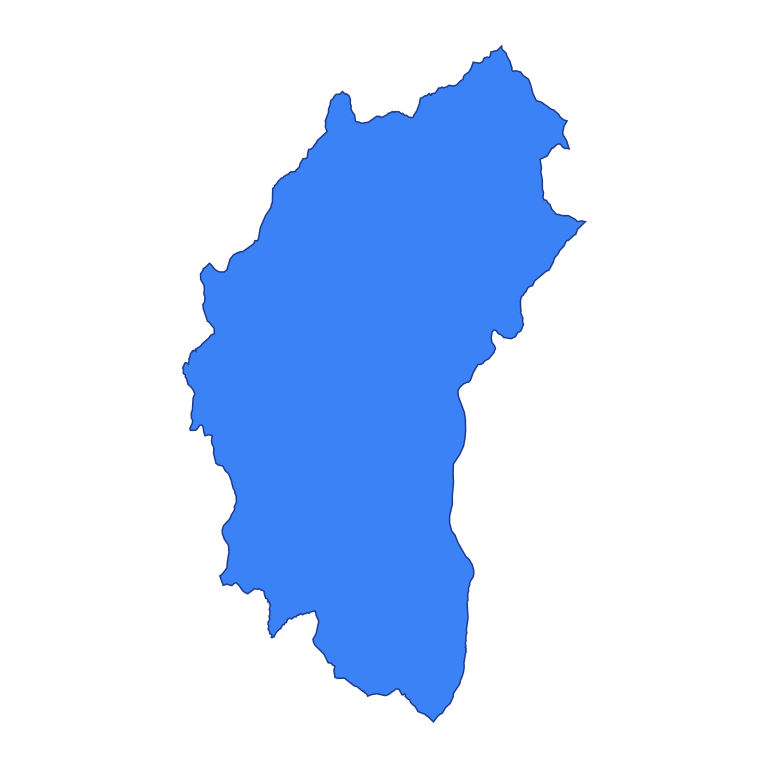 the district of Huye, Southern, Rwanda
{"feature_id": "39286606B50862047870193", "entity_name": "Huye", "entity_type": "district", "adm_level": 2, "iso_a3": "RWA", "parent_name": "Rwanda", "parent_adm1": "Southern", "projection": "equal_earth", "projection_center": [29.71, -2.532], "detail": "fine", "context": "isolated", "style": "filled", "palette": "blue", "viewbox_px": 768, "rotation_deg": 0, "n_neighbors": 0, "source": "geoboundaries", "source_scale": "gbopen_adm2", "svg_char_len": 6075}
<svg xmlns="http://www.w3.org/2000/svg" viewBox="0 0 768 768"><path d="M311.1,149.0L308.6,149.5L307.9,152.2L307.2,157.6L306.2,158.4L303.0,158.7L300.3,163.3L299.3,167.1L295.5,170.7L295.7,171.5L290.9,171.9L289.7,172.5L288.6,174.4L288.0,174.1L283.7,176.6L282.7,178.0L281.5,178.0L277.7,181.8L277.2,183.3L274.9,185.3L274.1,187.3L272.7,188.5L272.4,202.5L271.6,203.9L270.6,208.0L265.7,215.3L260.4,227.5L258.4,238.8L257.2,241.0L254.9,240.6L253.6,243.9L242.8,251.6L240.2,251.8L238.3,253.0L238.7,252.3L238.2,252.4L233.5,254.9L230.1,259.1L226.9,269.9L224.1,272.0L219.2,271.9L216.9,270.8L214.5,269.0L211.0,264.5L209.4,263.3L205.3,267.4L203.0,268.9L203.1,270.3L200.5,273.8L200.7,279.5L204.0,285.2L204.4,289.4L203.8,294.0L205.0,296.5L204.6,301.6L202.8,304.8L203.3,308.6L207.5,321.2L208.7,321.8L214.1,328.3L214.4,333.8L211.2,334.8L208.6,338.3L202.5,343.6L200.4,346.3L195.7,349.0L195.9,350.8L195.3,350.1L193.9,351.1L193.6,350.4L192.3,351.1L190.4,354.1L189.7,357.7L188.8,358.9L189.2,359.7L188.4,364.2L186.1,362.6L185.1,362.8L182.6,368.0L183.4,369.0L183.3,373.5L185.3,374.8L185.3,377.0L186.6,378.9L188.1,384.6L190.4,386.3L192.5,389.0L193.9,391.2L194.8,394.0L193.1,398.0L192.4,410.1L191.2,413.3L191.5,418.5L192.6,419.9L192.4,423.0L189.7,428.9L190.6,430.4L195.4,430.3L196.7,429.5L199.8,425.2L202.1,425.2L203.0,426.6L203.9,432.4L205.0,435.8L208.6,434.8L212.3,435.6L211.5,440.3L211.9,443.6L213.9,447.7L213.5,453.2L216.0,463.4L218.5,465.1L222.7,465.9L225.3,470.8L228.7,473.9L231.2,480.3L233.2,488.4L234.4,490.1L235.0,493.5L236.1,495.6L236.4,502.2L234.2,507.0L234.6,508.5L234.3,510.3L231.3,515.1L229.9,518.8L223.6,525.6L222.2,529.9L222.3,533.2L224.3,539.1L228.4,545.1L229.0,552.3L227.4,561.5L226.9,568.0L222.0,574.4L219.8,575.9L223.2,585.3L226.7,584.2L231.8,585.6L234.6,583.1L236.3,582.8L239.2,585.7L242.6,590.6L244.6,592.3L247.7,593.8L254.6,588.7L257.8,589.3L259.5,588.6L260.5,589.9L263.0,590.5L264.2,591.7L264.1,592.9L265.6,598.2L266.8,598.4L268.1,600.5L267.7,601.7L268.6,601.6L269.6,602.4L269.2,603.6L270.4,604.9L269.2,609.7L269.9,610.6L269.9,614.8L269.0,616.2L269.8,619.3L268.1,622.3L268.0,624.4L268.9,626.2L268.1,629.0L269.6,631.6L269.7,633.6L272.1,634.9L271.2,637.1L271.9,637.7L274.1,636.8L276.1,632.6L279.2,629.4L280.9,628.5L281.1,627.3L282.9,624.6L284.3,624.6L284.7,623.2L286.5,622.3L287.6,619.2L290.1,618.3L291.8,619.0L294.1,616.9L296.4,616.8L296.7,615.6L299.0,615.0L300.5,613.6L302.6,614.8L303.8,613.7L305.6,613.7L306.5,612.7L309.3,613.2L310.0,612.1L315.3,610.9L316.2,615.4L318.8,621.3L316.0,634.1L313.0,639.1L313.4,642.0L314.9,645.1L324.0,654.2L328.2,662.8L331.2,663.2L332.7,665.1L334.9,666.1L333.9,670.6L335.0,677.4L337.9,678.4L344.4,678.1L353.9,685.7L357.1,686.7L363.0,691.5L363.9,691.1L364.5,692.5L366.8,694.2L367.7,696.2L370.7,694.8L376.6,693.7L385.2,695.6L388.5,694.5L396.4,688.8L399.0,689.3L402.0,694.8L403.0,694.9L404.3,693.9L405.5,694.3L405.2,696.4L407.7,698.9L409.7,699.7L410.7,702.5L413.5,705.4L414.7,705.8L418.1,711.6L424.7,714.2L428.6,717.1L433.4,721.9L437.4,716.6L439.8,714.3L442.2,713.3L445.5,707.7L450.2,703.3L453.2,696.8L453.3,693.7L459.8,683.7L460.7,679.3L461.4,678.6L463.4,672.6L464.2,667.0L463.9,662.6L464.6,660.0L464.4,658.5L465.1,656.7L465.1,654.3L466.0,652.3L466.0,648.2L465.2,647.5L465.8,646.9L465.9,645.6L465.3,643.2L466.0,640.9L465.9,635.7L466.9,632.6L466.3,630.0L468.0,618.2L467.1,602.4L467.9,600.2L467.7,593.8L468.6,591.0L468.5,588.0L469.6,585.3L469.9,581.9L473.1,577.0L473.8,573.8L473.7,570.2L472.2,564.6L469.0,559.3L465.8,556.5L457.9,542.5L455.0,535.1L451.7,531.1L449.6,523.0L449.6,516.0L452.4,504.0L452.3,496.3L453.5,482.6L453.1,473.7L453.4,463.9L459.6,454.7L463.5,446.2L464.8,439.2L465.6,430.6L465.4,419.6L464.4,412.6L458.4,396.5L457.9,390.7L459.6,387.6L463.3,384.0L467.8,381.9L468.5,382.3L470.4,380.3L473.4,372.2L478.0,364.5L480.7,364.4L482.9,363.4L484.7,360.9L488.7,358.8L493.5,353.2L495.5,348.4L494.4,345.6L491.9,342.3L491.2,337.6L492.1,332.1L493.9,329.9L496.1,330.6L498.3,333.6L501.9,335.3L503.6,337.4L511.1,338.7L515.5,336.6L517.5,332.8L520.9,330.9L523.5,324.4L522.6,321.9L522.8,317.9L520.5,312.3L521.2,310.6L520.7,309.4L520.4,301.1L521.4,296.7L523.5,294.9L524.5,292.6L525.7,292.2L527.5,288.4L529.0,286.8L532.6,285.6L534.5,281.0L545.8,271.5L549.1,270.0L553.3,262.1L554.3,258.3L558.3,253.5L559.5,250.7L564.0,246.0L566.1,241.3L566.8,240.5L568.4,240.4L574.3,234.9L575.7,234.5L577.5,229.3L585.4,221.7L582.0,220.9L577.6,221.6L574.7,219.0L568.4,215.7L562.0,215.6L558.5,214.4L556.4,214.4L551.6,209.0L550.0,204.4L548.3,203.4L546.5,200.4L544.1,199.8L543.0,197.8L543.5,192.7L542.4,189.0L542.3,179.8L540.8,171.7L541.5,168.1L540.1,159.3L547.1,156.0L551.8,148.3L553.3,147.9L556.6,144.7L558.0,144.0L560.3,144.1L563.2,147.5L565.1,148.5L566.2,148.2L569.2,148.9L566.5,140.6L563.1,135.0L562.7,132.7L564.0,126.1L567.1,120.9L563.4,119.7L560.3,117.2L558.9,114.7L553.8,110.0L551.4,109.3L541.1,102.0L536.4,100.7L533.0,93.7L530.4,84.0L528.5,79.2L523.3,75.6L520.7,72.1L516.2,70.8L512.7,71.2L511.8,69.6L512.0,68.2L509.9,61.4L507.0,56.2L506.1,53.1L502.0,49.2L501.6,46.1L497.3,50.4L490.9,52.0L490.2,55.9L489.6,56.9L488.8,57.6L487.7,57.1L484.8,57.6L483.6,58.8L482.9,61.2L481.7,62.2L479.5,63.2L473.2,62.2L471.2,68.1L468.7,72.2L464.9,74.7L463.6,76.5L463.0,79.4L460.9,80.6L456.5,85.0L453.4,86.1L449.0,85.3L446.3,87.1L443.2,87.8L441.9,87.1L440.2,88.1L438.6,88.0L435.3,93.1L431.7,93.7L431.4,95.0L430.6,95.3L429.2,93.5L426.7,95.6L424.5,96.0L421.9,98.0L420.4,98.1L419.4,103.8L416.8,110.8L413.8,115.2L413.3,117.3L412.5,117.6L408.9,117.2L406.5,115.3L404.6,115.5L402.8,113.4L401.0,113.6L399.2,111.9L394.6,111.6L394.1,112.4L392.3,111.5L390.5,112.9L388.5,113.1L387.6,114.4L381.8,117.5L379.5,116.4L376.6,116.3L368.5,122.2L361.2,123.3L359.3,122.1L356.3,121.8L355.4,120.6L354.6,115.0L352.2,111.7L351.0,108.8L351.1,105.2L350.5,104.7L350.2,101.9L350.5,100.0L349.2,96.0L346.3,93.8L345.0,94.0L342.4,91.5L340.0,94.1L336.1,94.4L334.0,96.6L333.1,98.7L331.0,100.2L330.2,103.0L330.5,103.8L328.5,109.2L328.5,112.4L325.4,120.6L325.2,121.5L325.8,122.1L325.3,126.8L327.1,131.6L317.5,140.4L316.3,142.4L316.6,142.9L315.3,143.9L313.0,147.3L311.1,149.0Z" fill="#3b82f6" stroke="#1e3a8a" stroke-width="1.5"/></svg>